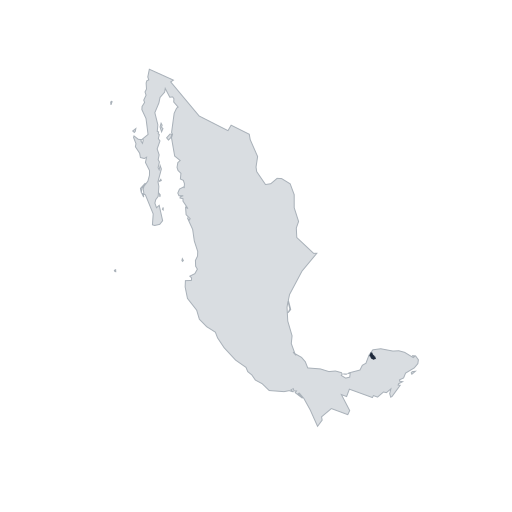 location of Halachó, Yucatán, Mexico, rotated 20°
{"feature_id": "50627088B14474633080003", "entity_name": "Halachó", "entity_type": "district", "adm_level": 2, "iso_a3": "MEX", "parent_name": "Mexico", "parent_adm1": "Yucatán", "projection": "orthographic", "projection_center": [-90.126, 20.586], "detail": "fine", "context": "in_parent", "style": "filled", "palette": "slate", "viewbox_px": 512, "rotation_deg": 20, "n_neighbors": 0, "source": "geoboundaries", "source_scale": "gbopen_adm2", "svg_char_len": 4686}
<svg xmlns="http://www.w3.org/2000/svg" viewBox="0 0 512 512"><g transform="rotate(20 256 256)"><path d="M91.9,117.0L118.2,119.0L116.3,121.6L154.7,143.9L186.8,147.8L187.9,141.6L208.0,143.9L210.8,148.7L223.5,162.0L225.6,172.4L227.8,176.5L240.5,185.6L245.2,183.0L249.3,175.8L253.6,174.5L263.4,176.5L270.9,185.3L275.4,197.6L284.2,209.0L284.3,215.9L288.0,224.7L309.2,233.8L312.2,232.7L304.4,254.4L300.7,280.7L301.5,286.5L306.9,294.4L305.5,298.4L306.0,294.3L301.5,287.6L302.7,293.6L308.1,306.3L317.2,318.7L319.1,326.2L325.6,334.0L323.7,333.7L327.6,335.7L326.4,334.5L333.5,335.7L338.5,338.5L342.9,343.5L355.1,340.1L364.0,339.7L370.0,336.9L376.2,336.4L377.4,337.5L377.0,339.1L382.0,340.1L385.5,337.8L384.6,333.9L382.9,334.8L383.4,334.0L392.7,327.6L393.3,322.3L396.0,319.2L396.1,310.6L397.9,304.2L404.9,300.5L417.2,298.5L422.6,296.2L428.6,295.7L438.5,297.7L439.3,296.3L436.7,296.3L440.1,295.3L444.1,298.0L444.9,301.8L443.0,307.0L436.6,314.9L436.4,320.1L433.2,323.3L433.8,324.5L436.7,324.0L433.6,327.3L433.7,328.7L435.7,328.2L431.9,341.4L430.9,342.6L428.7,339.6L428.2,334.7L425.3,339.8L422.3,340.2L418.5,347.0L414.1,347.0L413.8,349.2L389.3,349.2L389.2,357.1L383.6,357.0L396.9,369.2L396.5,373.7L379.0,373.6L372.6,384.7L374.3,387.6L372.1,395.0L359.6,382.1L349.6,373.4L343.5,370.0L342.7,370.8L348.4,373.8L339.6,371.0L340.2,369.0L337.8,369.8L336.4,367.9L334.7,369.8L337.7,370.9L333.2,371.2L328.7,373.9L314.4,377.9L305.5,373.9L297.8,372.8L292.8,369.2L287.8,367.5L284.7,364.1L272.4,360.8L257.4,353.1L247.9,346.1L243.9,341.5L233.8,339.3L224.4,334.8L218.8,327.2L206.1,319.3L200.0,309.3L198.1,303.3L203.6,301.1L203.0,298.6L200.7,297.6L204.6,293.5L205.4,288.4L202.8,286.3L200.6,280.9L201.1,276.1L199.7,271.7L192.9,263.0L187.4,252.7L178.3,243.4L181.0,245.3L181.4,243.5L176.2,241.1L173.1,234.2L175.8,234.7L168.6,229.4L167.8,227.1L164.8,227.5L164.5,226.5L167.0,224.2L163.0,225.7L161.0,223.6L161.2,219.3L164.4,215.8L165.3,216.7L164.0,212.5L161.9,209.8L158.6,209.5L157.2,204.0L153.5,202.3L151.5,199.8L150.6,195.0L152.1,192.2L145.4,189.9L136.1,173.7L136.0,170.2L134.4,168.8L130.3,149.9L130.8,144.3L131.9,142.7L126.0,139.4L125.1,136.3L123.3,135.0L120.7,136.3L113.4,129.6L114.1,133.3L111.6,139.8L112.4,145.5L111.9,155.9L118.9,166.3L120.6,172.7L122.0,172.7L122.3,174.6L123.6,175.0L124.1,179.1L126.4,180.7L126.5,189.2L130.4,194.1L131.1,198.9L133.1,200.7L133.8,206.5L135.5,208.1L135.0,203.8L137.3,206.6L138.5,219.8L140.9,223.8L143.7,233.5L142.5,237.3L142.9,240.9L146.0,244.7L147.7,241.5L156.2,254.8L154.7,259.2L150.3,262.0L148.0,262.1L145.0,251.6L131.1,236.3L129.7,236.3L127.1,231.7L126.9,228.8L128.8,222.7L128.3,216.6L126.7,212.1L120.1,205.9L119.4,200.6L117.7,202.6L113.7,203.0L111.5,199.2L105.3,194.6L104.8,191.5L100.4,186.5L100.3,184.9L105.4,186.6L108.7,185.8L108.4,187.2L110.8,189.0L110.4,185.4L109.2,185.1L113.0,178.7L105.6,164.4L98.7,157.5L97.8,154.5L98.8,149.8L97.2,147.9L97.7,142.5L95.6,139.8L96.0,136.6L93.6,131.0L93.5,128.6L95.0,127.2L93.1,124.8L91.9,117.0ZM135.5,173.8L134.1,177.0L131.6,175.5L133.5,170.8L135.2,170.5L135.5,173.8ZM124.8,171.6L121.7,167.5L121.4,163.7L123.1,165.2L123.1,167.3L125.0,168.1L124.8,171.6ZM442.9,313.8L441.8,312.7L442.4,311.2L445.2,309.8L442.9,313.8ZM126.6,235.8L124.3,232.0L127.1,225.3L125.7,231.5L126.6,235.8ZM99.4,181.5L97.4,180.7L99.5,177.3L99.9,180.2L99.4,181.5ZM68.0,163.6L66.8,161.0L67.4,160.0L68.0,160.2L68.0,163.6ZM129.0,236.2L130.3,239.1L127.1,236.0L129.0,236.2ZM189.3,285.1L188.8,286.2L187.9,285.6L187.7,283.7L189.3,285.1ZM145.1,231.3L145.5,233.4L144.0,230.6L145.1,231.3ZM140.3,216.5L141.2,217.5L139.4,219.2L140.3,216.5ZM129.6,318.7L128.8,318.9L127.8,317.9L128.8,316.9L129.6,318.7ZM380.5,336.5L378.3,337.0L382.0,335.8L380.5,336.5ZM153.0,244.5L152.1,244.1L152.2,242.1L153.0,244.5Z" fill="#d9dde1" stroke="#a8b0b8" stroke-width="1"/><path d="M402.5,311.6L402.5,311.4L402.4,311.2L402.5,311.2L402.4,311.1L402.2,311.0L402.2,310.9L402.0,311.0L402.0,311.4L401.9,311.4L401.9,311.2L401.6,311.2L401.8,310.7L401.6,310.6L401.4,310.6L401.2,310.6L401.1,310.4L401.1,310.2L400.9,310.2L400.7,310.1L400.7,310.3L400.7,310.2L400.4,310.2L400.3,310.3L400.1,310.2L399.9,310.1L399.9,309.9L400.0,309.9L400.1,309.7L399.9,309.7L399.7,309.7L399.5,309.3L398.9,308.9L398.8,309.0L398.7,308.8L398.3,308.5L398.2,308.5L398.2,309.3L398.3,309.3L398.3,309.5L398.1,309.6L398.1,307.9L397.5,307.9L397.4,310.6L398.0,310.7L398.1,310.3L398.1,310.8L399.4,310.8L399.5,310.8L399.4,311.1L399.6,311.1L399.5,311.7L399.4,311.8L400.1,312.0L400.0,312.3L400.3,312.3L400.3,312.2L400.5,312.2L400.7,312.3L400.8,312.3L400.8,312.2L400.8,312.3L401.0,312.3L401.2,312.5L401.6,312.5L401.6,312.4L401.8,312.4L401.8,312.2L402.0,311.9L402.2,311.7L402.4,311.7L402.5,311.6Z" fill="#64748b" stroke="#1e293b" stroke-width="1.5"/></g></svg>